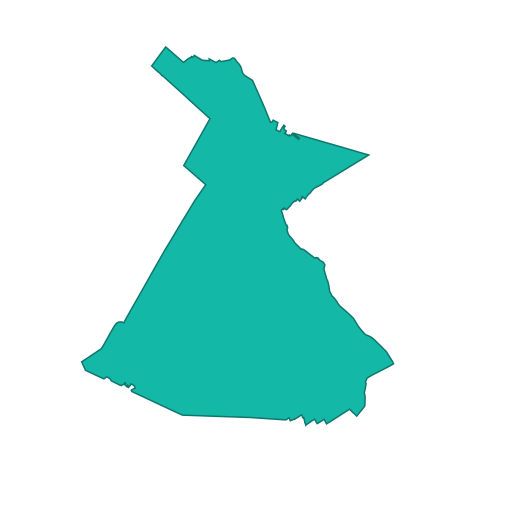 Tláhuac, Distrito Federal, Mexico (Robinson projection), rotated 202°
{"feature_id": "50627088B16651448707811", "entity_name": "Tláhuac", "entity_type": "district", "adm_level": 2, "iso_a3": "MEX", "parent_name": "Mexico", "parent_adm1": "Distrito Federal", "projection": "robinson", "projection_center": [-99.012, 19.269], "detail": "fine", "context": "isolated", "style": "filled", "palette": "teal", "viewbox_px": 512, "rotation_deg": 202, "n_neighbors": 0, "source": "geoboundaries", "source_scale": "gbopen_adm2", "svg_char_len": 5441}
<svg xmlns="http://www.w3.org/2000/svg" viewBox="0 0 512 512"><g transform="rotate(202 256 256)"><path d="M88.1,207.6L89.8,209.2L99.4,216.2L100.1,216.5L112.3,221.6L115.2,222.8L117.7,223.6L119.9,224.0L121.7,224.1L124.1,224.1L125.1,224.2L125.8,224.4L127.5,225.2L131.4,227.1L136.1,230.0L142.1,234.6L144.6,235.7L150.4,237.9L159.9,241.2L162.6,242.8L163.1,243.4L164.9,244.6L167.4,246.1L167.9,246.4L170.2,247.3L170.7,247.4L172.9,249.6L174.3,250.6L175.0,251.8L177.7,256.3L180.0,259.5L181.9,261.2L182.8,262.5L187.0,267.8L187.6,268.7L188.4,270.1L188.6,272.8L188.7,273.2L189.1,273.8L190.3,274.8L190.9,275.1L191.6,275.5L195.3,275.9L197.1,277.1L197.3,276.8L198.0,277.3L199.0,277.3L200.1,276.8L200.6,276.0L201.8,276.3L202.6,276.6L203.3,276.8L204.5,277.1L205.3,277.3L208.3,278.2L209.3,278.5L210.6,278.9L211.3,279.1L211.9,279.2L212.5,279.4L213.0,279.5L213.9,279.7L214.5,279.8L215.0,279.8L215.7,279.7L216.3,279.5L216.6,279.1L217.7,279.7L218.3,279.9L218.5,280.0L219.3,280.4L221.3,281.2L222.2,281.6L222.6,281.8L223.0,281.9L224.8,282.7L225.0,282.7L225.3,282.9L225.9,283.3L226.4,283.9L227.5,284.6L229.3,285.6L230.4,286.2L231.1,286.5L231.8,286.9L232.3,287.1L233.0,287.5L233.6,287.9L234.2,288.4L234.6,288.8L235.0,289.2L235.4,289.7L236.3,290.9L236.8,291.7L237.2,292.3L237.4,292.6L237.2,293.9L237.6,294.6L238.5,295.7L238.6,295.4L239.3,295.8L239.8,296.2L240.2,296.6L242.4,299.0L244.0,300.8L245.7,303.0L246.3,303.8L246.9,304.5L247.8,305.7L248.2,306.1L249.7,307.8L248.5,310.3L248.0,309.6L247.3,311.0L246.5,310.5L246.1,310.6L245.5,310.3L245.1,310.6L244.9,310.6L244.4,311.8L244.1,312.7L243.7,313.6L243.3,314.5L243.0,315.4L242.7,316.5L242.6,317.2L242.5,317.9L241.6,319.7L241.1,320.7L240.8,321.2L240.7,321.4L240.4,321.7L239.8,321.6L239.2,322.5L239.1,323.1L239.0,324.1L239.0,324.3L238.9,324.5L236.0,323.1L235.8,323.6L235.7,324.3L235.5,324.9L234.9,327.2L235.5,327.6L235.3,328.5L231.8,327.3L231.6,328.1L231.6,328.6L231.5,329.0L231.4,329.6L231.3,330.0L231.2,330.4L231.1,330.7L230.8,331.8L229.9,333.9L229.3,334.9L229.1,335.3L229.1,335.9L229.0,336.4L228.8,337.1L228.2,338.6L227.9,339.7L227.7,340.1L227.5,340.3L227.3,340.5L227.0,341.1L224.5,343.9L221.8,347.1L221.5,348.0L220.6,349.7L195.3,383.8L189.3,391.9L199.5,390.8L202.8,390.5L208.8,389.9L215.9,389.2L221.7,388.6L228.4,387.9L233.7,387.3L237.8,386.9L244.9,386.2L249.4,385.7L255.3,385.1L260.2,384.6L264.2,384.2L267.8,383.8L267.8,383.6L259.9,381.6L260.3,380.0L262.3,380.7L266.1,381.8L268.5,382.4L268.9,380.9L269.2,380.1L270.6,380.7L271.1,379.6L272.9,380.2L275.5,380.3L275.3,380.8L274.8,381.2L274.7,383.3L275.8,383.5L276.8,383.8L277.4,384.2L277.8,384.8L278.1,385.1L277.6,387.1L279.1,387.7L280.0,384.0L280.0,383.5L280.5,380.2L282.7,380.4L283.2,380.5L284.5,380.3L284.9,382.0L285.7,387.9L287.5,388.1L289.3,388.2L291.0,388.4L291.4,386.0L292.7,385.4L298.8,391.7L305.4,398.5L309.0,402.0L314.1,406.9L325.1,417.6L325.8,417.6L333.3,419.0L333.5,419.1L334.7,419.4L335.0,419.5L336.7,420.4L336.9,420.6L337.7,421.4L338.0,421.8L338.1,422.0L338.4,422.5L339.0,423.3L340.1,424.7L340.6,425.3L341.3,425.9L341.9,426.4L342.5,426.9L343.0,427.2L343.8,427.7L346.5,429.0L347.0,429.3L347.8,429.9L348.4,430.3L349.2,430.7L350.1,431.1L351.5,431.0L352.1,430.7L353.8,427.9L361.3,423.1L363.3,423.7L365.5,420.4L369.6,420.8L373.2,421.2L372.4,419.6L376.6,418.2L379.1,417.4L384.8,418.3L388.3,418.9L389.0,416.5L391.1,417.0L390.1,416.3L392.4,414.1L395.8,408.3L418.0,416.0L419.9,408.9L423.9,393.1L417.0,390.5L413.9,389.5L412.3,388.9L411.0,388.0L409.2,387.9L407.4,387.2L404.8,386.2L392.7,381.8L382.6,378.1L376.0,375.6L371.4,373.9L366.0,371.9L361.9,370.4L356.5,368.4L350.1,366.1L351.7,353.4L356.9,312.8L329.3,303.3L332.3,290.0L333.6,284.1L337.6,259.5L341.8,232.6L342.7,227.4L345.7,205.1L347.4,191.9L349.2,178.2L351.0,164.9L352.8,151.2L353.6,144.5L356.1,144.5L358.4,143.4L360.0,141.7L361.0,138.6L362.1,130.7L363.8,117.2L364.7,112.1L368.8,106.0L370.2,104.0L375.1,96.7L378.0,92.6L371.3,86.2L370.0,86.1L355.9,85.3L350.9,85.1L349.1,88.1L348.2,88.0L345.4,87.5L343.3,86.0L334.1,85.3L332.5,85.3L330.8,87.4L330.0,87.5L330.1,89.4L329.4,89.5L329.2,87.4L328.3,87.1L327.1,86.6L326.8,88.0L325.4,87.3L325.7,86.4L325.0,86.3L324.6,88.4L324.2,88.5L324.0,90.6L322.0,90.4L321.0,90.2L319.8,89.8L319.6,89.7L318.7,88.3L321.4,84.9L320.6,83.9L318.0,83.7L303.2,82.9L295.8,82.5L286.5,82.0L273.4,81.3L264.6,80.9L248.4,86.8L243.4,88.6L219.2,97.4L200.3,104.3L177.0,111.9L167.0,115.2L166.7,115.4L166.2,116.1L165.5,117.4L165.0,118.1L164.8,118.3L162.5,116.1L159.2,119.3L159.0,119.1L158.6,119.7L154.3,125.7L151.7,123.6L151.5,123.4L151.1,124.0L150.8,123.8L149.9,122.2L149.5,121.7L148.9,120.9L148.5,120.2L148.2,119.8L147.7,119.3L147.2,118.8L146.4,117.7L146.2,118.3L142.5,123.9L140.5,126.7L139.2,125.5L136.8,123.7L136.5,123.5L135.3,125.0L132.2,129.3L131.7,130.1L127.7,126.8L127.2,127.5L126.6,128.3L126.0,129.1L125.4,129.8L124.8,130.7L124.0,131.8L123.3,132.9L122.5,133.9L121.7,135.1L119.5,138.2L115.7,143.6L111.8,149.1L110.2,148.3L109.2,147.8L104.5,146.1L102.6,145.3L101.8,148.1L101.5,149.0L101.0,150.7L100.6,151.9L100.1,153.5L99.8,154.7L99.7,154.8L99.0,157.5L99.9,160.6L100.0,160.9L101.2,164.0L102.1,166.4L104.2,169.6L104.6,170.5L104.7,171.9L104.7,172.3L104.9,173.5L105.2,174.7L105.3,175.3L105.4,175.5L105.9,178.0L106.3,179.2L107.0,179.8L107.4,180.2L107.3,181.8L107.2,184.5L106.0,186.1L104.9,187.5L104.1,188.6L102.5,190.5L101.7,191.4L100.3,193.0L97.5,196.3L97.1,196.8L95.9,198.1L93.2,201.3L91.7,203.0L91.2,203.6L90.4,204.6L89.1,206.2L88.1,207.6Z" fill="#14b8a6" stroke="#0f766e" stroke-width="1.5"/></g></svg>